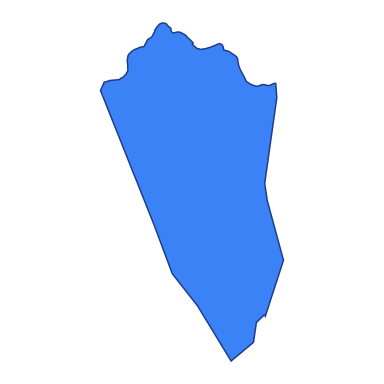 the district of Santa Ana Cuauhtémoc, Oaxaca, Mexico
{"feature_id": "50627088B15114769088919", "entity_name": "Santa Ana Cuauhtémoc", "entity_type": "district", "adm_level": 2, "iso_a3": "MEX", "parent_name": "Mexico", "parent_adm1": "Oaxaca", "projection": "natural_earth1", "projection_center": [-96.808, 17.985], "detail": "fine", "context": "isolated", "style": "filled", "palette": "blue", "viewbox_px": 384, "rotation_deg": 0, "n_neighbors": 0, "source": "geoboundaries", "source_scale": "gbopen_adm2", "svg_char_len": 2071}
<svg xmlns="http://www.w3.org/2000/svg" viewBox="0 0 384 384"><path d="M170.8,28.3L167.3,25.3L166.9,24.3L165.4,23.4L163.5,23.0L161.3,23.2L160.6,23.6L159.7,24.0L156.9,27.0L155.7,28.9L154.7,30.5L154.6,32.2L153.5,33.4L152.7,35.4L151.2,37.5L149.8,38.3L148.2,39.1L147.1,40.4L146.5,42.0L145.7,43.3L145.0,44.6L144.4,46.0L143.4,46.8L141.6,46.9L140.2,47.3L139.5,47.5L137.2,48.5L134.2,49.7L130.9,52.1L130.1,53.0L129.8,53.3L128.7,54.3L128.0,55.7L127.5,58.7L127.2,61.2L127.7,64.4L127.7,67.1L127.9,70.3L127.0,72.5L126.7,72.6L126.3,74.0L125.1,75.0L123.8,76.5L123.2,77.2L121.9,77.8L121.0,78.2L119.7,79.4L116.7,79.9L112.7,80.2L109.7,80.5L107.5,81.3L105.8,81.8L104.1,82.2L103.4,84.1L102.3,86.4L100.5,90.5L103.8,98.7L110.8,116.4L114.1,124.6L114.5,125.7L117.1,132.1L118.5,135.6L125.1,152.2L125.4,153.0L128.2,160.0L129.8,164.1L134.8,176.6L137.3,182.7L139.9,189.3L140.2,190.1L141.9,194.3L143.2,197.6L144.1,199.8L146.5,205.9L154.3,225.5L168.3,263.0L172.4,273.9L197.8,306.2L200.4,310.6L205.7,319.3L208.9,324.5L209.8,326.0L217.3,338.3L222.3,346.6L231.1,361.0L253.5,342.3L256.4,322.5L263.9,315.2L264.8,315.1L265.3,316.2L283.5,260.2L267.3,200.8L264.7,183.4L276.8,97.6L275.7,83.3L273.8,83.5L272.3,84.2L270.3,85.1L269.0,85.6L268.0,85.5L266.5,85.2L264.2,84.6L262.8,84.6L261.4,84.8L259.8,85.5L258.3,86.0L256.7,86.3L253.1,85.3L250.0,83.9L248.1,82.6L246.3,81.5L246.2,81.0L245.0,78.6L243.4,75.4L241.6,72.2L240.4,69.8L239.3,67.3L238.5,64.5L237.7,59.7L237.3,58.0L236.7,57.1L235.4,55.8L235.0,55.5L233.4,54.5L231.2,53.0L228.9,51.5L227.8,51.0L223.9,50.2L223.7,49.0L223.1,46.7L222.1,44.8L221.0,44.2L219.9,43.6L217.1,44.3L216.6,44.6L214.7,45.6L212.9,46.2L210.5,47.2L209.9,47.4L209.0,47.6L207.7,48.0L205.4,48.7L204.3,48.8L202.8,49.1L200.1,49.4L199.2,48.8L198.5,48.8L197.8,48.8L196.3,47.9L194.4,46.2L192.4,44.4L193.1,43.0L192.1,41.7L191.3,41.2L190.9,40.5L189.7,39.4L187.9,37.9L186.0,35.5L183.2,33.8L182.0,33.2L181.1,32.6L179.9,32.2L178.7,32.0L177.8,32.0L176.9,32.1L175.6,32.4L173.3,33.0L172.6,32.8L172.1,32.4L171.6,31.8L171.2,31.0L170.8,29.0L170.8,28.3Z" fill="#3b82f6" stroke="#1e3a8a" stroke-width="1.5"/></svg>